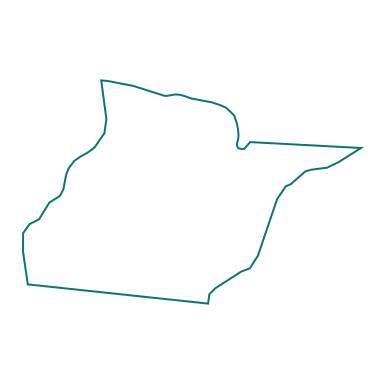 Neno, Mercator projection
{"feature_id": "MWI-5510", "entity_name": "Neno", "entity_type": "District", "adm_level": 1, "iso_a3": "MWI", "parent_name": "Malawi", "parent_adm1": "", "projection": "mercator", "projection_center": [34.708, -15.405], "detail": "fine", "context": "isolated", "style": "outline", "palette": "teal", "viewbox_px": 384, "rotation_deg": 0, "n_neighbors": 0, "source": "natural_earth", "source_scale": "10m", "svg_char_len": 798}
<svg xmlns="http://www.w3.org/2000/svg" viewBox="0 0 384 384"><path d="M27.8,284.4L23.0,251.5L23.1,233.2L29.6,224.1L39.1,219.2L49.4,202.5L59.9,196.0L63.4,189.2L66.0,175.5L68.4,168.7L74.4,160.8L80.9,156.3L87.7,152.6L94.7,147.3L104.4,133.2L106.4,119.0L101.2,80.4L108.4,81.1L133.1,85.9L164.2,95.7L166.7,95.9L175.4,94.4L179.3,94.7L183.5,95.7L190.9,98.4L211.6,102.3L219.4,104.8L225.7,107.5L230.1,111.4L234.3,115.8L236.9,123.5L238.0,129.5L238.5,134.9L238.3,138.0L237.0,143.7L237.2,146.2L238.3,148.2L241.7,149.0L244.2,148.9L250.1,142.1L361.0,148.0L338.1,162.4L336.5,163.1L327.1,167.7L310.6,169.8L305.3,171.4L290.7,184.2L285.8,186.3L277.1,199.1L258.0,255.5L249.9,268.3L241.0,271.7L215.4,288.2L209.3,294.3L208.1,303.6L151.7,297.6L89.9,291.0L27.8,284.4Z" fill="none" stroke="#0f766e" stroke-width="2"/></svg>